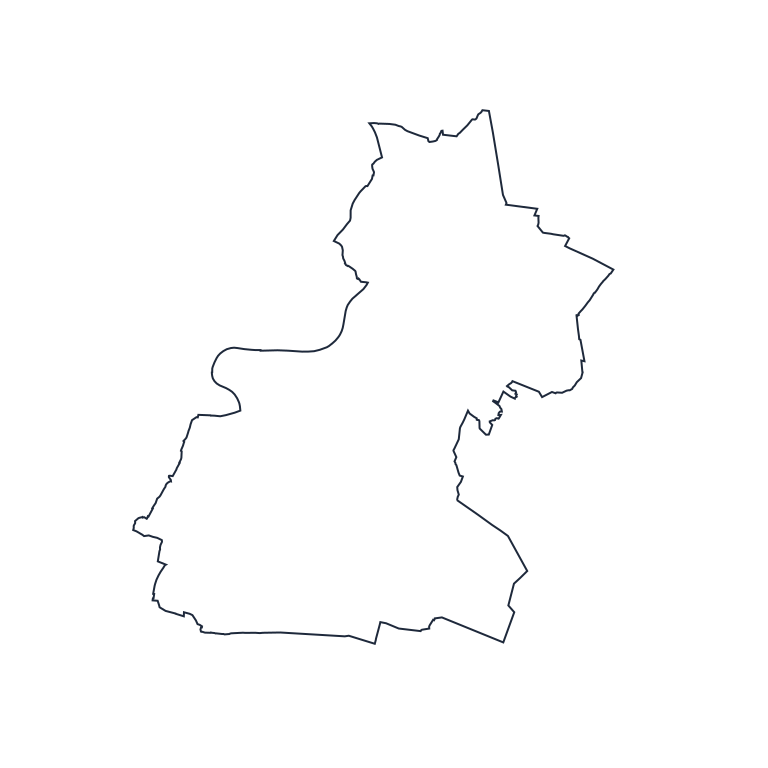 outline of Olst-Wijhe, Overijssel, Netherlands, rotated 18°
{"feature_id": "6326949B2249346791276", "entity_name": "Olst-Wijhe", "entity_type": "district", "adm_level": 2, "iso_a3": "NLD", "parent_name": "Netherlands", "parent_adm1": "Overijssel", "projection": "albers", "projection_center": [6.151, 52.376], "detail": "fine", "context": "isolated", "style": "outline", "palette": "slate", "viewbox_px": 768, "rotation_deg": 18, "n_neighbors": 0, "source": "geoboundaries", "source_scale": "gbopen_adm2", "svg_char_len": 6135}
<svg xmlns="http://www.w3.org/2000/svg" viewBox="0 0 768 768"><g transform="rotate(18 384 384)"><path d="M577.3,592.9L578.4,560.8L570.7,556.2L569.3,533.7L573.2,526.8L578.0,517.6L548.8,490.2L539.8,487.3L530.2,484.6L514.1,479.4L489.4,471.9L489.1,471.9L489.3,471.8L489.3,471.5L489.0,468.5L489.3,466.1L486.7,462.3L485.5,459.4L487.4,453.3L487.6,447.6L484.3,447.7L482.3,445.3L477.9,438.8L476.8,438.1L476.3,437.0L475.0,435.8L475.4,431.2L471.0,426.4L470.6,425.8L470.6,425.1L470.9,423.7L472.2,413.5L469.9,402.7L469.9,401.2L470.8,396.5L471.3,392.9L472.1,383.4L474.5,385.6L479.9,387.4L482.8,388.0L483.2,389.3L483.6,389.4L485.3,389.0L485.8,389.3L486.3,390.1L488.4,396.1L488.8,396.8L496.6,400.7L499.3,399.7L499.6,389.5L496.5,387.8L496.1,386.9L498.7,384.8L499.9,384.6L500.7,384.0L500.7,382.6L501.9,381.6L503.6,381.6L503.8,381.4L504.7,377.3L502.9,378.1L502.4,378.2L502.1,376.3L502.7,374.6L503.3,374.2L504.6,373.8L503.4,371.6L501.8,370.6L500.6,369.2L495.5,367.4L493.1,366.7L493.2,365.8L497.3,366.0L498.5,366.3L499.9,354.3L508.2,356.9L512.9,357.5L512.8,356.9L513.0,356.4L514.1,355.1L513.3,354.6L513.5,352.9L512.0,352.7L512.2,351.1L511.1,349.8L507.9,350.4L503.6,348.4L502.1,348.3L501.6,348.0L503.3,345.3L504.5,344.0L505.1,342.8L505.3,341.6L533.7,343.5L538.4,347.6L546.2,339.7L550.1,339.8L550.4,339.1L551.1,338.6L556.1,337.3L559.7,333.9L561.3,333.0L562.6,332.6L564.5,330.5L564.7,328.9L565.9,326.5L566.8,322.7L569.6,317.5L569.3,311.6L569.1,311.6L564.4,300.7L567.6,300.4L557.2,281.3L555.9,281.1L555.8,280.7L555.6,280.6L554.6,278.2L551.5,271.8L545.5,258.4L546.9,259.5L547.2,258.9L547.9,258.3L547.3,256.9L548.7,253.7L549.6,251.9L551.3,247.4L552.6,243.4L553.7,240.8L555.4,234.1L555.4,233.3L556.0,232.1L556.4,232.0L557.7,228.1L558.4,224.8L559.4,221.8L560.6,218.9L560.6,218.6L562.1,215.8L563.9,211.7L564.5,209.7L565.5,208.8L566.8,204.3L543.8,200.3L518.7,197.6L513.6,196.8L515.1,188.2L513.9,187.7L513.5,187.3L512.5,187.3L510.6,186.7L509.9,186.8L509.6,187.2L508.9,187.6L498.7,189.3L496.5,189.5L489.6,190.8L488.3,190.9L481.2,186.3L481.4,184.9L481.2,182.9L479.5,178.3L479.1,176.4L475.0,177.2L475.6,170.0L444.5,175.8L444.6,174.3L444.4,173.8L438.8,167.5L438.3,166.6L425.2,140.9L409.9,111.3L399.4,91.9L393.0,93.2L392.6,95.0L392.0,96.3L390.4,98.3L390.2,99.2L389.9,102.9L389.3,103.9L388.8,104.4L386.4,104.9L386.0,105.3L383.3,112.3L380.4,117.8L378.5,121.7L377.4,123.1L376.5,126.0L363.1,128.7L361.4,125.0L360.4,125.5L360.1,128.2L359.8,128.8L360.0,129.8L359.6,131.9L358.8,134.8L359.0,135.4L358.2,136.5L357.7,137.0L355.5,138.3L352.4,139.8L351.2,139.3L349.6,136.7L340.7,136.8L328.2,136.3L325.5,135.8L321.4,134.0L320.3,133.9L318.2,134.1L314.7,133.9L308.8,135.0L299.4,137.7L298.7,138.0L298.5,138.3L296.9,138.2L293.9,138.9L289.5,140.6L292.8,142.8L294.6,144.4L297.6,147.4L299.8,150.1L301.1,151.7L312.1,169.1L308.0,173.0L306.6,175.4L305.8,177.8L305.2,178.5L305.0,179.3L305.6,180.9L306.6,182.9L308.8,185.3L309.1,185.9L309.5,188.8L308.9,188.9L308.7,189.1L309.2,192.6L307.1,200.9L305.9,201.2L305.3,201.6L302.2,208.0L301.4,210.0L299.2,218.1L298.5,222.1L298.6,229.1L300.9,236.3L301.2,239.1L299.4,243.4L297.2,249.8L293.8,256.7L292.1,263.5L298.1,264.3L300.5,265.5L301.7,266.5L303.5,269.6L304.5,273.5L304.5,273.8L304.7,274.3L305.7,275.7L306.3,277.0L306.6,277.4L308.1,278.8L309.9,281.2L309.7,281.5L311.1,282.6L313.0,283.0L313.2,282.7L314.5,282.9L318.6,284.1L321.6,285.3L322.1,285.7L323.5,288.3L325.1,290.7L325.5,291.8L325.9,292.1L327.3,292.2L327.5,292.0L327.5,291.7L328.1,292.0L330.5,293.9L335.5,292.8L337.3,292.6L336.8,295.3L335.1,300.1L327.6,312.6L326.3,316.0L325.1,320.1L324.9,322.8L325.0,326.4L327.0,339.9L327.4,343.4L327.4,346.8L326.9,350.5L326.5,352.2L325.9,354.0L324.4,357.7L322.5,361.0L319.9,364.9L318.3,366.7L312.4,371.3L307.4,374.4L301.9,376.6L296.2,378.5L282.3,382.0L272.4,384.8L256.3,390.5L256.1,389.9L251.5,391.4L247.1,392.5L240.3,394.0L233.5,395.1L230.2,395.8L227.3,397.1L223.7,399.5L221.0,402.4L218.8,405.6L217.5,408.4L216.8,411.1L216.1,415.8L215.8,420.7L215.9,422.4L217.0,426.0L216.7,426.2L217.1,427.3L218.1,429.4L219.5,431.6L221.9,433.7L224.7,435.2L228.1,436.1L235.1,436.7L238.7,437.4L242.0,438.4L245.2,440.1L248.8,443.0L251.6,446.1L252.5,447.3L253.8,449.6L255.6,453.7L250.9,457.4L243.2,462.5L238.2,465.3L232.2,466.6L228.9,467.6L228.7,467.4L217.0,470.7L217.2,473.3L215.9,473.5L212.6,477.7L212.5,482.1L212.8,485.5L212.6,489.0L212.7,490.8L212.7,496.0L212.1,497.7L210.9,500.2L211.9,500.8L211.8,502.0L211.9,504.7L211.5,508.9L211.5,510.3L212.4,510.6L214.1,516.8L214.2,518.2L213.6,522.2L214.1,522.3L212.9,528.3L213.0,529.4L211.5,536.9L208.7,537.4L207.9,537.8L207.9,538.0L208.1,538.9L208.3,539.2L210.9,541.1L211.5,542.4L211.0,542.4L209.8,543.6L208.7,544.9L207.9,546.6L207.7,548.0L207.9,549.2L207.1,552.1L205.8,559.1L205.3,560.6L203.7,563.1L203.6,567.9L202.7,570.9L202.0,573.8L202.6,573.9L201.0,582.8L200.3,582.7L200.2,585.2L200.0,585.5L197.1,584.8L195.8,585.6L195.4,585.1L195.2,585.3L192.8,586.8L191.9,587.5L189.6,591.3L190.3,593.1L190.3,593.5L189.8,595.8L189.9,596.6L190.5,598.3L190.6,600.4L194.1,600.6L200.9,602.1L202.8,602.8L207.1,600.7L211.4,600.8L215.8,600.4L220.9,601.1L221.0,601.3L221.5,602.3L221.6,603.0L221.2,606.0L221.4,608.5L222.2,610.7L222.1,612.3L223.7,622.6L232.4,623.2L231.6,624.1L230.9,627.1L229.6,631.5L228.7,635.8L228.1,640.5L228.1,645.0L228.2,646.7L229.3,654.9L230.3,654.7L231.0,658.9L230.5,659.1L230.5,660.0L230.8,661.3L235.7,660.1L238.4,663.8L239.6,665.7L246.4,667.3L256.7,666.7L256.8,666.9L265.4,666.8L264.3,662.9L270.2,662.6L273.2,663.0L278.2,667.0L280.9,670.0L283.1,670.0L285.8,670.7L285.8,671.3L286.0,671.8L285.2,672.2L285.3,674.2L286.3,675.7L286.4,676.0L286.8,676.1L287.8,675.8L290.5,675.8L296.0,674.2L296.2,673.8L296.7,673.9L299.9,673.2L300.9,673.3L301.5,673.0L307.3,671.8L308.8,671.3L309.1,671.4L309.8,671.4L312.6,670.2L314.1,669.6L314.9,668.8L315.8,668.3L326.8,664.1L328.9,663.6L338.4,660.4L342.8,659.3L345.8,658.0L362.1,652.4L424.7,636.1L428.3,634.3L455.5,633.9L455.3,629.9L455.1,628.9L454.3,613.8L454.1,611.6L459.9,610.9L473.6,612.0L495.2,607.7L495.5,606.5L496.0,606.0L502.6,602.6L502.0,601.1L501.9,600.5L502.0,599.4L503.6,593.0L504.6,593.2L504.9,591.5L504.8,591.2L511.2,588.1L577.3,592.9Z" fill="none" stroke="#1e293b" stroke-width="2"/></g></svg>